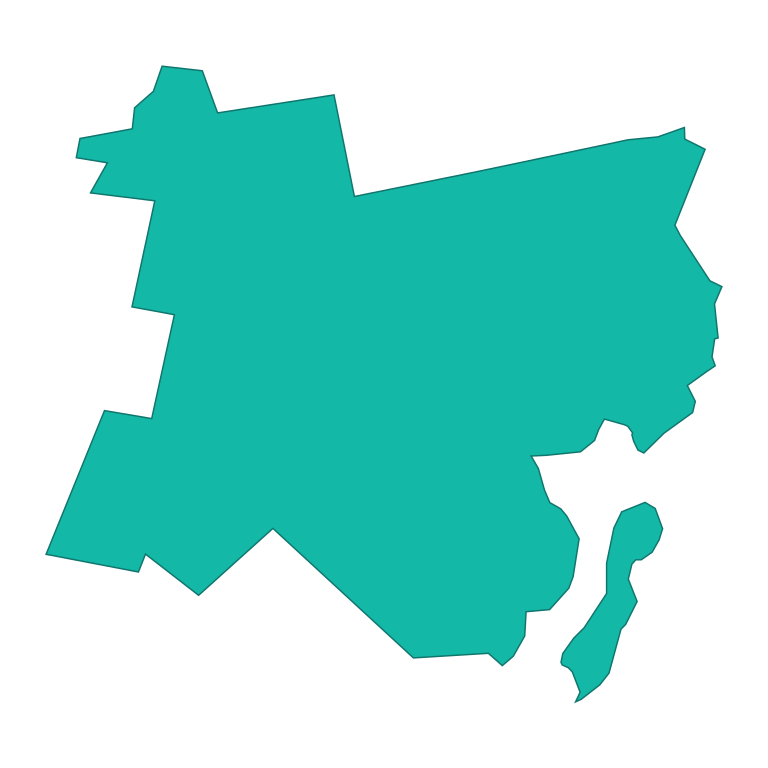 Waldo, Maine, United States of America
{"feature_id": "52423323B44726132031324", "entity_name": "Waldo", "entity_type": "district", "adm_level": 2, "iso_a3": "USA", "parent_name": "United States of America", "parent_adm1": "Maine", "projection": "robinson", "projection_center": [-69.016, 44.486], "detail": "fine", "context": "isolated", "style": "filled", "palette": "teal", "viewbox_px": 768, "rotation_deg": 0, "n_neighbors": 0, "source": "geoboundaries", "source_scale": "gbopen_adm2", "svg_char_len": 1385}
<svg xmlns="http://www.w3.org/2000/svg" viewBox="0 0 768 768"><path d="M705.1,149.3L684.8,139.1L684.4,127.5L657.8,136.9L628.0,139.8L516.0,163.5L471.4,172.8L354.4,196.5L334.0,94.9L275.4,104.0L217.6,112.9L202.3,70.8L162.1,66.2L153.4,91.3L134.6,107.8L132.3,128.8L80.0,138.5L76.3,157.7L107.4,162.8L90.5,192.9L154.8,200.8L132.0,306.9L174.4,314.7L151.7,418.6L104.5,410.6L46.1,554.3L138.4,572.0L145.5,554.1L198.6,595.3L272.9,528.4L413.4,657.9L488.4,653.3L502.3,665.6L513.3,656.2L524.7,636.0L526.1,611.7L535.2,610.9L549.6,609.6L568.8,588.2L573.1,576.7L579.1,538.8L566.7,516.0L560.8,508.9L549.8,502.6L544.5,490.1L538.4,468.6L531.1,456.0L546.3,455.3L569.9,452.9L580.5,451.8L594.5,440.5L598.8,429.3L604.4,419.1L624.1,424.6L627.8,426.3L632.6,432.9L631.9,434.8L633.7,441.3L637.9,450.0L643.8,453.0L658.7,438.4L664.1,433.1L692.6,412.5L695.3,401.4L687.3,385.5L706.6,371.6L715.2,365.8L712.0,356.9L714.7,338.8L718.1,338.0L714.5,303.9L721.9,286.7L709.9,280.8L680.4,235.7L674.9,225.2L705.1,149.3ZM561.0,662.3L562.2,664.9L568.3,667.7L572.3,671.9L580.1,692.2L575.6,701.8L581.2,699.3L599.8,684.8L609.0,673.1L621.0,629.1L625.6,624.5L637.1,601.5L628.3,579.1L631.9,564.1L635.8,559.8L641.2,559.8L652.1,552.2L659.1,539.9L662.6,528.7L655.2,508.5L645.1,502.4L621.7,511.8L613.9,528.0L606.6,563.2L606.6,593.5L584.2,627.7L573.8,638.1L562.8,653.5L561.0,662.3Z" fill="#14b8a6" stroke="#0f766e" stroke-width="1.5"/></svg>